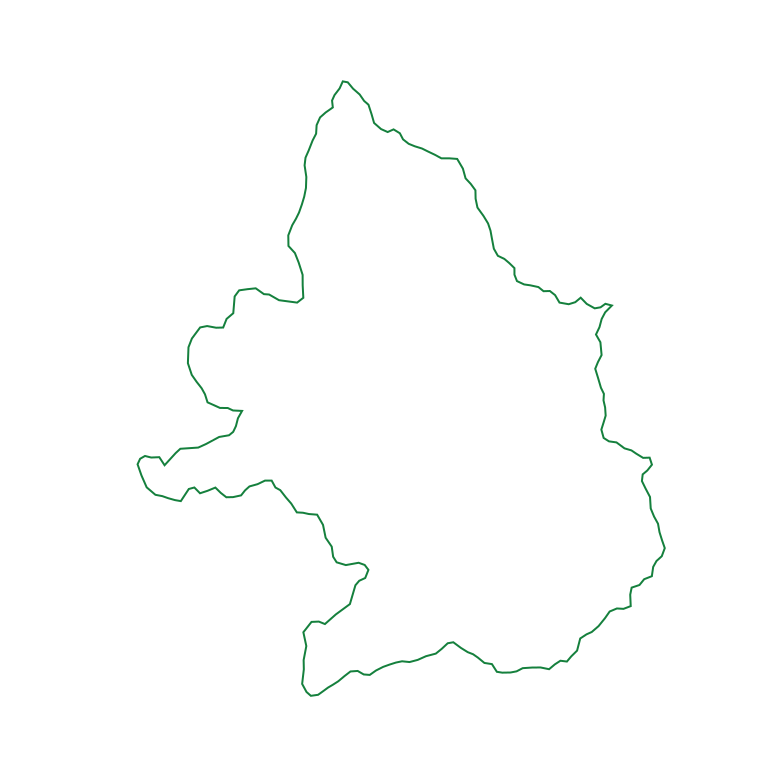 outline of Andradas, Minas Gerais, Brazil, rotated 352°
{"feature_id": "56859067B4264930314137", "entity_name": "Andradas", "entity_type": "district", "adm_level": 2, "iso_a3": "BRA", "parent_name": "Brazil", "parent_adm1": "Minas Gerais", "projection": "equal_earth", "projection_center": [-46.567, -22.057], "detail": "fine", "context": "isolated", "style": "outline", "palette": "green", "viewbox_px": 768, "rotation_deg": 352, "n_neighbors": 0, "source": "geoboundaries", "source_scale": "gbopen_adm2", "svg_char_len": 3387}
<svg xmlns="http://www.w3.org/2000/svg" viewBox="0 0 768 768"><g transform="rotate(352 384 384)"><path d="M455.7,684.7L460.9,686.3L469.2,687.3L475.3,687.0L481.8,684.7L491.2,685.4L499.6,686.5L507.8,689.4L514.2,685.4L520.2,682.6L526.5,684.3L531.5,679.8L538.1,674.9L542.9,663.3L549.7,660.1L555.2,658.5L562.8,653.6L570.3,646.6L575.8,640.7L583.4,638.7L589.9,640.0L597.4,638.3L598.5,626.9L600.9,620.1L609.0,618.6L614.5,613.5L622.5,611.6L625.1,602.6L629.2,597.2L635.1,593.2L639.2,585.6L637.6,577.5L636.2,569.1L635.9,560.5L633.0,552.9L630.8,544.4L631.7,532.9L628.4,523.7L625.9,516.0L627.6,509.5L632.7,506.3L638.1,501.2L636.8,493.9L630.3,493.2L624.1,488.1L619.8,484.2L613.2,481.2L606.1,474.2L598.8,472.1L594.0,468.0L592.9,459.4L595.9,453.1L599.1,446.2L599.7,438.0L599.1,430.8L600.4,424.4L598.3,417.9L596.8,407.7L595.3,398.3L598.9,392.1L603.5,385.6L604.1,372.8L600.8,364.5L605.3,357.7L608.6,349.9L613.0,343.8L620.6,338.0L614.4,335.4L609.1,338.2L603.2,338.4L595.9,332.9L590.8,325.9L584.8,329.6L578.0,330.7L569.1,327.8L565.8,319.8L561.2,315.0L554.9,314.3L550.4,309.5L542.5,306.6L536.6,304.9L530.0,300.6L528.4,293.9L529.3,287.4L524.8,281.6L520.6,276.9L514.6,272.9L511.6,265.3L511.1,254.6L510.8,247.0L509.4,239.5L505.9,231.4L501.1,222.3L500.5,213.3L501.5,204.9L497.8,198.0L493.4,191.7L492.1,181.7L487.8,171.3L480.0,169.6L472.2,168.5L466.3,164.1L459.8,159.8L454.4,156.1L447.6,152.9L441.9,149.6L436.9,144.4L434.6,137.9L428.9,133.2L422.7,135.0L416.5,131.1L410.5,124.1L409.2,114.9L407.5,105.3L403.7,100.9L400.2,93.9L394.5,87.3L390.1,80.2L385.3,78.6L381.2,85.1L375.2,91.0L372.0,96.1L371.8,103.0L364.0,107.0L357.8,111.1L353.3,118.3L351.6,126.7L347.2,132.9L341.9,142.3L337.8,148.9L335.8,156.4L335.9,168.2L334.0,179.0L331.1,187.3L327.7,194.7L323.7,202.4L319.9,208.0L315.2,214.0L309.9,223.5L308.6,234.0L314.0,241.9L316.4,251.8L318.6,264.6L317.2,275.0L316.1,287.4L309.3,291.3L291.7,286.4L282.7,279.4L277.6,278.3L270.3,271.4L261.9,271.1L253.6,271.1L248.3,276.5L244.6,292.9L237.2,297.6L232.6,305.7L225.6,304.9L216.9,302.0L209.8,302.4L200.1,312.2L195.5,320.4L192.7,336.1L194.9,348.2L198.7,355.7L202.8,362.8L205.3,369.3L206.7,377.6L218.3,384.9L225.9,386.0L230.8,389.2L239.7,390.9L234.6,397.6L231.5,405.1L228.0,410.4L223.4,413.2L213.4,413.5L199.6,418.6L191.2,421.1L173.3,419.8L168.1,423.4L155.4,433.9L151.3,425.2L143.2,424.4L137.3,422.0L132.1,424.1L128.8,429.2L131.1,440.8L134.6,453.3L142.2,461.9L148.9,464.2L154.3,467.0L160.9,469.9L166.5,471.7L171.6,465.9L176.1,460.8L181.8,460.1L186.6,466.6L194.4,465.2L202.6,463.1L207.2,469.1L212.1,474.2L218.8,475.0L227.0,474.4L231.6,470.0L236.5,466.7L244.8,465.6L252.7,463.1L259.3,464.0L262.1,471.4L266.5,474.7L271.1,482.7L275.5,489.5L279.8,499.0L285.8,500.2L291.5,502.3L299.6,504.1L304.0,515.0L304.8,528.1L309.6,537.8L309.6,548.0L312.3,554.0L321.0,558.0L334.0,557.5L339.7,560.5L342.7,565.9L338.4,573.5L332.1,575.4L327.7,579.3L319.6,597.2L304.2,605.5L292.1,613.5L286.4,610.2L279.1,609.5L269.6,618.6L270.6,632.7L266.0,646.2L264.9,655.4L261.2,669.6L264.4,678.2L268.2,682.6L275.5,682.6L281.2,679.6L286.4,676.8L291.5,674.7L297.2,672.1L304.3,667.7L310.8,664.0L318.0,664.5L323.5,668.8L329.4,670.1L336.2,666.6L343.8,664.0L350.6,662.6L357.1,661.5L363.3,661.1L370.6,662.9L379.0,661.9L387.7,659.4L397.8,658.2L404.3,654.3L411.0,649.6L416.7,649.4L423.4,656.0L429.6,661.2L434.6,664.0L438.9,668.0L444.6,674.2L451.9,676.4L455.7,684.7Z" fill="none" stroke="#15803d" stroke-width="2"/></g></svg>